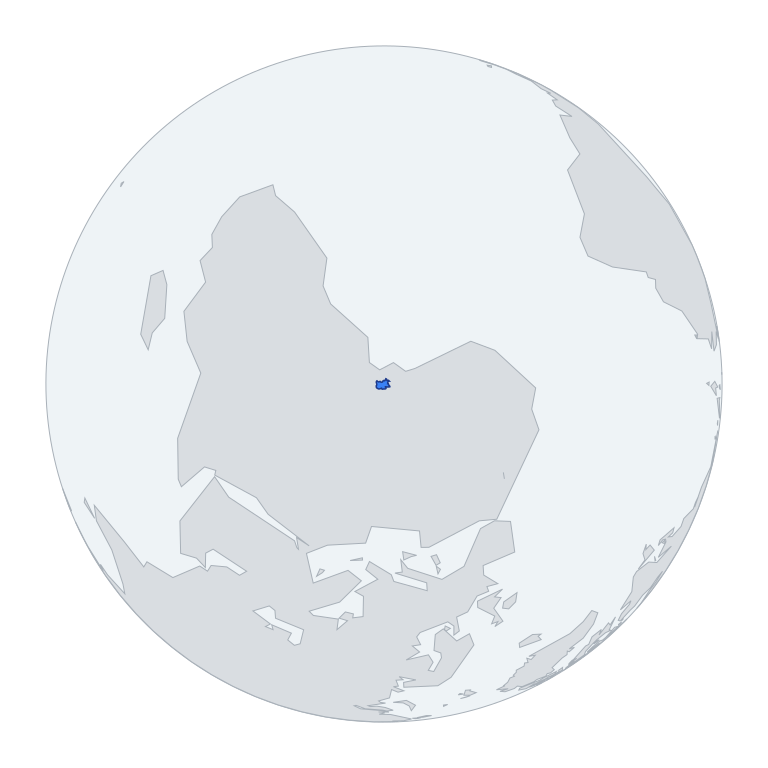 Benue on an orthographic globe, rotated 163°
{"feature_id": "NGA-2846", "entity_name": "Benue", "entity_type": "State", "adm_level": 1, "iso_a3": "NGA", "parent_name": "Nigeria", "parent_adm1": "", "projection": "orthographic", "projection_center": [8.494, 7.276], "detail": "fine", "context": "on_globe", "style": "filled", "palette": "blue", "viewbox_px": 768, "rotation_deg": 163, "n_neighbors": 0, "source": "natural_earth", "source_scale": "10m", "svg_char_len": 10049}
<svg xmlns="http://www.w3.org/2000/svg" viewBox="0 0 768 768"><g transform="rotate(163 384 384)"><circle cx="384" cy="384" r="338" fill="#eef3f6" stroke="#a8b0b8"/><path d="M264.1,68.1L265.5,67.6L257.8,70.6L266.2,67.6L272.8,65.1L278.7,63.2L280.7,62.8L271.2,66.1L268.9,66.8L267.1,67.7L261.6,69.7L265.4,68.5L253.7,73.3L268.1,68.2L261.1,71.8L252.6,75.2L249.9,75.2L223.7,86.5L220.4,88.3L241.9,77.4L264.1,68.1ZM207.8,95.6L203.6,98.2L190.9,108.6L182.0,115.0L172.4,123.5L178.8,119.2L188.7,111.3L198.4,106.4L209.2,98.4L214.7,95.7L227.3,88.3L229.1,89.5L224.0,94.9L213.7,101.5L211.2,104.5L224.0,98.9L207.7,113.0L202.0,126.5L197.3,130.8L182.9,136.3L175.3,133.5L156.6,144.9L172.4,138.0L160.5,150.6L160.1,153.3L162.9,153.5L168.9,149.3L165.6,154.2L148.7,161.7L151.4,157.3L156.8,154.6L153.1,153.9L141.6,160.9L136.6,167.7L124.7,174.2L120.9,179.5L116.2,184.6L123.0,175.4L110.5,192.6L95.7,209.3L78.3,242.0L91.4,215.3L93.1,212.1L105.8,192.2L119.8,173.3L135.2,155.4L151.7,138.6L169.4,123.0L188.2,108.6L207.8,95.6ZM58.2,294.2L58.2,294.3L57.6,296.6L58.2,294.2ZM51.0,326.4L50.3,331.1L51.0,329.5L51.0,337.1L54.6,324.4L58.8,318.9L55.2,338.3L60.4,321.8L60.7,332.3L71.3,335.8L69.5,339.9L77.8,366.7L92.7,380.9L96.1,396.2L93.8,404.6L100.2,408.6L100.4,414.5L131.3,429.1L151.5,446.7L153.7,467.0L142.6,488.1L145.9,535.0L129.4,546.7L134.3,565.1L137.1,589.8L126.0,584.9L138.5,599.6L140.0,606.3L135.3,605.1L142.6,614.4L139.6,613.3L147.4,620.5L154.6,630.7L166.7,641.3L175.1,649.3L183.2,655.4L181.9,654.7L183.7,656.1L187.9,659.2L186.7,658.3L165.5,641.8L145.7,623.6L137.3,614.8L139.7,617.5L117.2,591.2L103.1,570.0L72.2,505.2L66.4,491.2L58.6,472.7L48.8,427.1L47.5,414.8L46.6,400.8L46.2,390.6L47.8,364.8L50.2,338.0L50.4,333.4L48.8,342.3L49.6,335.5L51.0,326.4ZM71.2,256.1L73.2,253.1L69.6,272.9L66.8,272.8L68.2,270.2L70.2,262.5L72.1,254.8L71.1,256.3L71.2,256.1ZM82.4,236.5L82.6,234.6L83.1,235.1L82.4,236.5ZM225.5,88.4L226.3,88.4L223.5,89.7L225.5,88.4ZM230.1,85.5L226.2,87.1L227.9,85.9L230.2,85.0L230.1,85.5ZM234.5,83.9L231.2,83.8L234.2,82.0L245.6,77.1L234.5,83.9ZM274.1,64.5L267.1,67.1L271.1,65.5L274.1,64.5ZM287.6,60.1L275.2,64.1L275.4,64.0L287.6,60.1ZM281.4,62.3L281.2,62.2L290.9,59.2L293.1,58.9L289.2,59.9L281.4,62.3ZM288.0,60.4L294.0,58.9L291.2,60.2L282.3,62.2L288.0,60.4ZM292.4,58.7L297.1,57.4L295.2,58.0L292.4,58.7ZM284.6,64.9L284.1,64.2L289.1,62.4L284.6,64.9ZM296.4,58.4L297.3,58.0L299.2,57.4L302.5,56.8L296.4,58.4ZM314.1,53.4L308.9,54.6L314.6,53.3L315.9,53.1L306.7,55.1L307.8,54.8L314.1,53.4ZM311.6,54.7L300.8,57.9L300.6,59.2L296.1,60.7L297.2,58.3L311.6,54.7ZM309.5,54.7L309.8,54.9L304.1,56.2L300.4,56.9L309.5,54.7ZM324.4,51.4L324.6,51.4L324.3,51.4L324.4,51.4ZM312.6,54.7L315.2,54.0L313.3,54.6L312.6,54.7ZM322.1,51.9L320.6,52.1L323.1,51.6L322.1,51.9ZM321.7,52.7L318.2,53.5L315.6,53.9L321.7,52.7ZM322.8,52.1L326.7,51.4L316.7,53.4L321.7,52.2L322.8,52.1ZM324.8,51.4L325.8,51.2L325.1,51.4L324.8,51.4ZM333.6,51.5L321.7,54.0L315.9,54.5L328.3,51.8L333.6,51.5ZM188.4,659.5L189.0,660.0L184.1,656.2L196.7,664.6L198.3,666.2L190.4,660.9L188.4,659.5ZM188.2,656.8L188.6,655.3L191.7,657.2L192.1,658.7L188.2,656.8ZM712.7,305.5L712.6,305.1L717.5,329.6L717.8,331.7L719.4,342.5L718.8,338.7L715.2,317.3L707.2,287.3L707.9,294.5L704.1,282.2L693.2,259.2L692.1,269.1L692.8,305.0L699.0,337.2L696.5,352.7L678.5,309.0L667.2,279.3L662.7,283.3L642.5,260.6L613.4,263.8L607.5,256.6L602.4,261.0L587.8,255.0L578.1,243.3L570.1,245.1L595.7,276.0L604.0,274.4L608.5,260.7L614.2,272.3L628.0,281.5L619.2,312.7L573.1,344.9L565.6,321.2L515.4,260.2L515.2,253.1L514.9,252.3L514.1,250.9L512.5,262.7L502.9,251.1L532.9,293.3L539.2,312.5L572.5,346.4L570.1,350.5L579.9,357.2L607.8,345.0L608.6,353.1L597.2,392.4L556.0,448.0L559.8,482.3L554.1,512.0L524.8,533.6L523.8,555.8L508.2,564.7L504.9,577.4L490.3,591.4L467.3,605.1L432.0,607.0L432.6,595.8L419.2,574.5L401.8,521.1L413.6,495.6L411.6,476.1L385.8,433.3L391.7,408.8L384.0,398.8L368.7,401.7L359.6,389.8L350.0,389.8L288.5,399.5L268.1,383.8L240.1,335.9L250.1,316.8L249.2,294.9L315.7,221.7L332.9,225.3L388.8,214.7L396.3,216.9L393.0,233.1L437.6,251.4L448.1,237.2L485.2,246.4L507.7,244.7L509.9,214.3L472.9,216.3L463.2,202.4L490.2,188.4L522.0,188.6L519.2,183.3L496.4,172.5L500.8,162.8L488.1,168.3L495.4,173.2L487.6,177.3L480.5,173.1L482.3,169.5L472.0,167.7L465.7,187.0L472.5,194.1L447.0,199.1L455.7,211.9L449.8,218.5L432.8,199.5L432.3,192.3L403.1,173.7L401.3,181.4L428.8,200.0L421.5,198.8L419.3,211.1L415.2,200.8L385.7,180.2L360.8,186.2L334.0,217.5L318.4,220.9L303.2,215.6L308.1,185.1L342.3,181.4L344.5,172.1L333.5,159.8L344.8,160.2L344.5,155.2L357.0,154.0L370.6,141.6L382.7,139.9L384.2,125.8L390.6,123.4L387.9,132.1L392.5,137.9L422.1,135.8L426.7,132.6L425.2,124.0L433.5,125.2L428.3,117.3L443.5,113.6L420.7,112.0L418.4,103.6L425.4,97.2L420.5,94.5L409.1,105.3L408.3,110.2L414.1,114.5L408.2,129.4L398.9,132.5L389.6,117.0L375.3,120.2L374.3,108.2L405.6,83.9L420.7,79.7L453.7,88.2L452.5,92.9L440.0,91.7L455.1,99.7L452.2,95.6L459.1,97.2L458.6,90.9L463.5,91.8L454.7,84.8L460.7,85.2L466.1,89.6L470.5,82.2L481.8,82.5L480.4,80.5L475.8,78.4L493.2,81.0L491.4,79.5L485.0,78.0L477.4,74.3L470.6,69.3L477.0,70.5L480.3,72.4L496.9,78.9L504.7,84.9L506.6,85.0L501.3,80.2L481.1,72.1L475.2,68.8L485.1,72.0L481.1,70.5L480.1,69.4L485.2,69.6L474.5,66.1L455.6,55.6L463.6,56.2L474.5,59.3L469.0,57.0L492.4,63.9L515.2,72.6L537.3,82.8L558.6,94.7L579.0,108.0L598.4,122.8L616.6,138.9L633.7,156.3L649.5,174.9L663.8,194.6L676.8,215.2L688.2,236.8L698.0,259.1L706.2,282.0L712.7,305.5ZM296.6,258.1L295.7,264.6L296.6,258.1ZM558.6,205.3L575.7,205.3L562.8,187.7L568.3,186.7L561.9,181.5L561.8,186.6L545.4,172.8L550.9,167.4L546.1,160.3L540.1,160.1L532.7,172.5L556.2,191.7L554.5,199.3L558.6,205.3ZM71.7,335.7L72.5,340.0L70.5,339.4L71.7,335.7ZM64.0,280.2L64.4,281.5L63.8,284.8L63.0,285.1L64.0,280.2ZM73.7,287.6L75.3,290.3L72.5,290.8L73.7,287.6ZM69.6,275.6L72.2,286.3L66.9,289.8L65.7,283.5L68.0,283.2L69.6,275.6ZM77.1,246.7L76.9,248.5L75.3,251.8L77.1,246.7ZM82.8,237.0L82.5,237.1L83.7,234.1L82.8,237.0ZM161.6,150.1L162.8,149.7L164.5,150.9L161.4,152.5L161.6,150.1ZM185.9,146.1L180.0,154.2L182.0,149.1L176.6,152.2L174.1,146.1L194.9,132.7L185.9,139.5L185.9,146.1ZM176.5,135.6L175.7,140.1L175.7,135.8L176.5,135.6ZM330.5,132.5L336.1,135.0L333.2,140.6L317.8,145.6L321.8,137.2L330.5,132.5ZM344.6,137.5L339.6,122.4L348.9,119.6L344.5,123.5L351.2,123.2L345.9,129.7L359.7,142.9L358.1,149.0L330.6,153.2L340.5,148.1L334.5,145.5L344.6,137.5ZM310.4,97.7L308.4,93.6L331.3,92.4L330.5,96.6L315.2,101.0L307.0,98.9L310.4,97.7ZM255.2,76.2L252.9,76.5L255.5,75.3L259.6,74.1L255.2,76.2ZM284.0,64.7L267.8,74.5L264.4,75.1L259.0,81.4L247.9,85.7L251.7,81.2L239.1,89.9L238.2,87.5L230.7,93.6L240.5,83.1L239.1,82.2L244.8,81.4L255.1,77.3L259.1,75.3L269.5,69.3L271.6,66.4L282.1,62.8L288.9,61.1L290.0,61.2L282.9,63.3L289.5,62.0L279.9,65.3L284.0,64.7ZM363.0,56.2L354.3,56.3L365.9,58.7L356.5,60.1L358.4,60.3L352.9,62.6L349.5,66.0L344.7,66.4L345.5,67.7L341.8,69.6L341.2,71.6L332.5,73.3L331.1,76.1L327.7,75.5L327.6,80.0L323.8,77.5L318.7,80.4L325.1,81.2L279.2,90.9L262.9,98.5L251.5,106.6L246.4,102.7L253.8,93.2L267.8,82.7L284.2,76.6L278.9,76.5L285.2,73.8L286.8,75.0L288.1,71.7L293.7,69.9L306.2,63.6L304.7,61.0L309.2,59.1L312.6,59.3L314.7,57.3L324.2,56.7L327.6,55.5L340.3,54.2L344.8,56.1L348.4,54.7L358.2,54.3L363.0,56.2ZM337.1,51.1L344.6,51.9L343.2,53.4L321.6,55.2L317.2,56.4L303.3,58.7L305.7,56.7L309.5,56.1L313.7,55.2L311.2,56.1L316.3,54.7L321.6,54.1L327.0,53.0L328.0,53.4L337.1,51.1ZM402.9,210.6L408.3,211.0L416.5,209.9L415.2,218.2L402.9,210.6ZM382.5,196.6L387.2,195.4L389.4,205.4L383.7,205.4L382.5,196.6ZM387.9,186.6L387.3,194.5L384.2,190.3L387.9,186.6ZM392.0,130.9L396.7,129.6L398.0,131.5L396.2,134.7L392.0,130.9ZM395.6,67.3L390.8,66.2L391.7,65.5L386.1,61.9L392.6,61.2L398.6,63.0L395.6,67.3ZM504.7,219.8L499.3,225.9L495.4,223.3L498.0,221.6L504.7,219.8ZM456.0,221.9L468.0,225.1L455.5,224.1L456.0,221.9ZM401.8,65.8L398.7,64.3L403.9,65.0L401.8,65.8ZM397.1,60.5L402.9,60.8L392.8,60.7L397.1,60.5ZM578.3,649.5L576.6,652.8L573.5,653.6L578.3,649.5ZM602.1,502.7L575.2,555.7L562.1,557.2L562.6,542.5L574.5,510.9L590.7,500.6L599.5,485.7L602.1,502.7ZM721.9,378.2L719.9,354.4L720.5,354.1L721.1,360.1L721.9,378.2ZM700.0,340.1L705.3,358.5L703.4,362.4L700.0,340.1ZM453.4,63.6L454.0,68.7L458.8,73.4L468.3,76.9L455.1,74.9L447.8,67.6L453.4,63.6ZM454.7,56.1L446.3,54.1L449.7,54.3L452.0,54.8L454.7,56.1ZM449.9,55.3L440.2,54.5L435.4,53.0L443.9,53.9L449.9,55.3ZM421.3,58.3L421.0,59.6L416.8,58.9L421.3,58.3Z" fill="#d9dde1" stroke="#a8b0b8" stroke-width="1"/><path d="M390.7,388.4L390.5,388.5L390.4,388.6L390.3,388.8L390.2,388.9L390.1,389.0L389.8,389.1L389.7,388.9L389.5,388.6L388.8,387.7L388.3,387.5L387.4,387.6L387.1,387.7L386.9,387.6L386.9,387.2L386.7,386.9L386.0,386.4L385.6,386.3L385.2,386.3L384.8,386.4L384.7,386.6L384.8,386.8L384.7,387.0L384.2,387.2L383.7,387.1L383.3,387.3L383.2,387.4L383.0,387.5L382.8,387.5L382.7,387.4L382.6,387.2L382.5,386.9L382.4,386.9L382.3,387.0L382.2,387.0L381.8,387.3L381.6,387.4L381.3,387.4L381.1,387.4L381.0,387.6L380.9,388.1L380.7,388.5L380.3,388.2L380.1,387.8L380.3,387.3L380.3,387.0L380.2,386.7L380.1,386.4L379.8,386.3L379.6,386.4L379.5,386.5L379.2,386.5L379.0,386.4L378.8,386.3L378.6,386.1L378.4,385.9L378.2,385.4L378.1,385.2L378.4,385.3L378.6,385.5L378.8,385.6L379.0,385.5L379.0,385.3L379.1,385.0L379.9,384.6L380.1,384.2L380.2,383.7L380.3,383.4L380.4,383.2L380.0,383.1L379.8,383.0L379.8,382.8L379.7,382.1L379.7,381.4L379.7,381.2L379.4,380.8L379.2,380.5L379.1,380.2L379.1,379.9L379.2,379.6L379.5,379.6L379.8,379.7L380.1,379.8L380.3,379.8L380.7,379.9L380.9,379.9L381.2,380.1L381.3,380.1L381.8,380.2L382.0,380.3L382.3,380.5L382.5,380.5L382.8,380.6L383.0,380.7L383.2,380.9L383.4,381.0L383.5,381.0L383.6,380.8L383.3,380.1L383.2,379.7L383.3,379.3L383.6,379.0L384.4,378.9L385.6,379.3L386.0,379.4L386.6,379.4L386.8,379.4L387.9,380.2L387.6,380.7L387.7,380.8L387.9,380.8L388.3,380.6L388.5,380.6L389.4,380.6L390.3,380.7L391.0,381.1L391.5,381.8L392.1,382.3L392.3,383.0L392.1,383.7L392.1,384.4L391.8,384.6L391.5,384.8L391.3,385.1L391.1,385.5L390.9,386.5L390.9,386.9L390.9,387.9L390.7,388.4L390.7,388.4Z" fill="#3b82f6" stroke="#1e3a8a" stroke-width="1.5"/></g></svg>